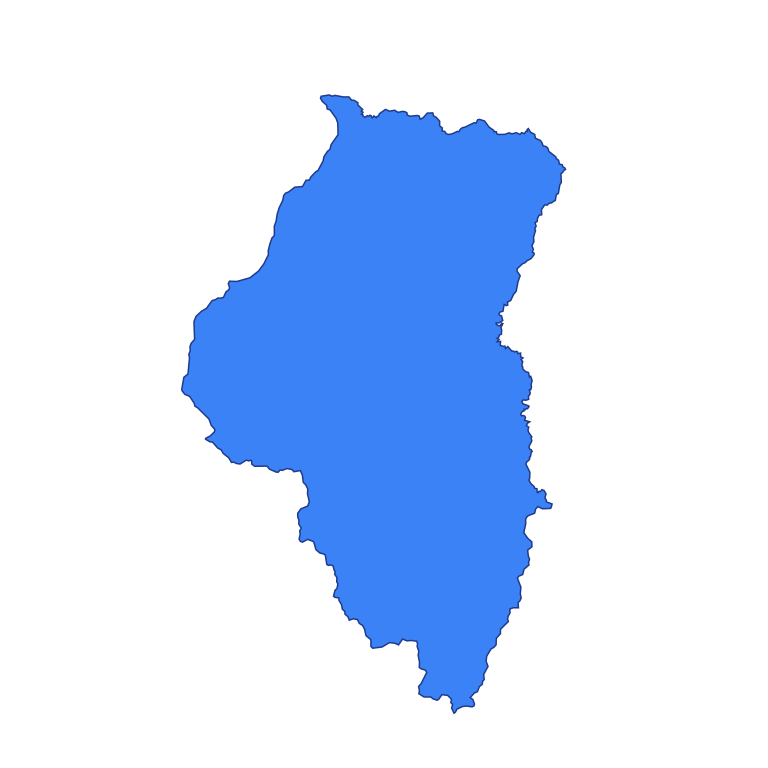 Pang Mapha, Mae Hong Son, Thailand, rotated 199°
{"feature_id": "78962969B96104759744449", "entity_name": "Pang Mapha", "entity_type": "district", "adm_level": 2, "iso_a3": "THA", "parent_name": "Thailand", "parent_adm1": "Mae Hong Son", "projection": "robinson", "projection_center": [98.144, 19.592], "detail": "fine", "context": "isolated", "style": "filled", "palette": "blue", "viewbox_px": 768, "rotation_deg": 199, "n_neighbors": 0, "source": "geoboundaries", "source_scale": "gbopen_adm2", "svg_char_len": 6168}
<svg xmlns="http://www.w3.org/2000/svg" viewBox="0 0 768 768"><g transform="rotate(199 384 384)"><path d="M330.7,672.5L331.5,671.2L330.8,669.6L332.0,669.2L332.8,666.4L335.6,666.5L336.8,664.2L340.6,664.7L344.4,662.2L347.5,662.2L351.2,659.3L357.4,657.1L358.6,657.2L360.0,659.1L362.2,658.4L362.7,659.5L368.3,661.1L374.5,665.4L379.8,665.3L381.4,664.4L381.8,660.8L383.8,660.4L391.3,653.0L393.2,652.0L394.7,649.9L395.4,647.0L396.9,646.7L401.0,642.7L404.6,640.8L406.4,640.9L408.9,642.6L411.5,642.2L412.2,645.0L415.5,646.3L416.9,650.6L421.6,653.2L424.3,653.6L426.2,656.2L431.3,654.2L433.6,648.6L436.0,646.0L437.9,648.8L440.0,648.7L446.7,645.6L449.6,645.9L450.6,647.9L453.0,648.3L455.5,647.7L459.1,645.4L463.1,646.3L467.4,643.8L472.0,644.1L476.2,638.3L476.6,635.5L477.8,634.5L478.1,633.3L480.9,634.2L481.4,632.2L482.1,631.9L483.5,633.4L484.7,633.6L485.6,632.1L487.1,632.3L488.8,629.9L490.8,630.4L491.7,631.7L493.3,631.8L492.3,634.1L494.3,634.5L493.5,636.6L499.6,639.3L500.3,641.5L504.7,642.5L507.0,641.8L510.7,644.0L515.8,642.2L524.4,640.9L526.5,639.3L530.0,639.4L537.1,635.6L537.1,633.5L534.3,631.1L529.0,628.9L527.2,625.5L524.2,625.6L515.9,619.7L512.7,615.7L508.6,604.8L511.9,593.3L511.5,588.2L513.2,585.6L514.8,579.3L514.2,575.3L515.9,564.3L517.4,562.8L520.4,556.4L521.1,552.5L524.1,551.2L525.3,544.2L532.5,541.0L536.7,534.6L539.4,532.2L540.2,529.5L539.5,524.6L540.5,516.6L540.3,509.8L539.0,502.7L539.1,497.5L536.0,488.7L537.4,485.8L537.5,479.1L536.8,472.1L535.4,468.7L536.7,458.5L539.4,450.0L545.3,440.8L556.6,433.0L563.6,430.9L563.9,428.2L561.6,425.2L561.2,423.1L563.4,419.6L564.0,413.6L566.1,412.1L569.1,411.2L570.7,409.0L573.7,406.9L576.5,397.7L580.2,393.5L583.7,386.8L584.0,381.1L577.6,364.5L579.6,359.7L579.6,356.1L578.0,352.2L578.2,348.5L576.4,345.3L572.6,329.6L575.4,325.2L573.6,313.7L573.0,312.1L569.0,309.4L563.7,309.0L557.2,304.0L555.5,301.4L552.6,300.9L538.1,293.9L533.8,288.6L529.2,286.0L528.7,283.7L531.4,278.3L534.9,274.6L534.8,273.7L529.9,272.7L527.2,273.2L520.3,269.3L516.5,268.7L513.4,266.0L506.8,263.7L502.7,260.2L500.6,261.2L497.5,260.8L494.0,261.5L489.4,267.2L486.9,267.2L485.7,268.3L484.4,268.5L482.8,265.1L479.4,264.1L467.9,268.3L464.6,266.2L457.3,265.6L455.3,266.2L454.2,269.0L452.0,269.2L448.4,272.4L443.1,273.2L440.7,271.7L434.9,274.9L431.4,271.0L428.3,264.7L425.2,263.2L421.9,259.9L420.7,255.5L416.3,248.3L416.4,243.8L422.0,238.8L423.5,233.7L422.3,230.2L420.1,227.5L418.9,223.7L415.2,220.7L415.9,217.8L414.3,214.4L413.8,209.7L411.9,208.0L409.6,207.9L405.7,212.2L399.9,212.1L398.7,211.4L394.4,205.2L389.7,203.3L385.8,203.7L383.8,203.1L379.3,194.7L377.6,194.4L374.8,195.8L372.7,195.2L370.4,191.5L369.1,190.7L368.6,187.9L365.6,185.8L364.3,181.6L362.5,179.9L361.9,175.2L363.1,173.2L362.7,167.0L361.1,166.3L357.1,167.0L356.1,164.7L352.3,161.5L350.1,157.5L347.0,156.2L345.9,153.6L342.4,152.3L339.9,149.4L336.7,152.0L332.3,152.6L329.4,149.6L325.6,148.7L322.5,145.8L319.1,140.2L313.1,137.9L310.9,131.6L308.7,130.5L300.2,134.7L294.6,141.3L289.3,142.4L285.3,142.1L283.4,148.9L278.8,148.6L274.3,150.5L269.3,151.4L267.7,149.3L267.2,146.6L264.0,142.5L263.5,138.8L259.9,132.6L258.4,127.5L256.5,126.8L251.8,126.9L249.7,125.2L251.3,113.0L252.8,109.3L250.7,105.6L250.2,102.5L244.2,101.1L237.9,103.3L235.2,102.3L230.9,102.3L229.7,103.5L228.1,109.1L222.4,110.3L217.6,107.9L217.0,104.4L214.8,103.4L214.6,99.6L210.6,95.5L209.6,97.1L209.2,100.3L204.9,104.5L201.6,106.3L195.7,107.4L194.2,108.8L194.2,110.8L197.2,114.6L200.4,115.6L198.0,121.2L195.5,123.5L195.3,129.0L193.4,131.9L193.9,135.3L193.0,137.1L195.2,141.8L193.7,150.8L197.2,155.1L198.3,160.3L196.5,168.4L194.3,170.9L193.1,173.8L195.0,180.2L192.6,185.8L194.0,190.0L189.1,199.9L190.7,202.2L191.0,204.9L190.3,208.6L191.8,212.3L188.9,214.5L184.0,216.2L186.1,220.9L184.9,223.3L184.6,226.2L186.9,230.2L188.4,236.4L194.7,244.0L194.0,246.2L190.8,249.0L191.3,254.5L188.0,260.0L189.2,262.2L189.4,265.8L191.6,268.4L194.1,273.7L191.1,278.3L192.9,282.9L197.7,284.8L203.4,288.9L204.5,298.2L205.8,301.4L206.0,303.8L204.9,306.3L199.5,310.9L199.9,315.3L198.6,318.2L193.6,317.6L186.2,320.5L185.7,321.4L186.0,325.3L192.1,325.4L192.6,326.9L194.8,328.8L195.0,332.8L198.0,335.4L200.2,335.6L201.1,333.4L202.5,333.0L203.0,331.4L203.8,331.4L205.3,334.8L207.4,334.4L208.8,336.0L212.6,337.6L215.7,340.3L215.5,342.0L217.3,348.0L223.7,354.4L223.9,356.1L222.0,359.6L222.0,361.4L222.7,362.1L221.9,363.3L222.6,367.6L221.9,368.3L223.2,369.7L225.1,369.9L226.6,371.9L225.7,378.2L227.4,381.0L227.0,382.1L231.5,385.3L232.9,387.4L233.1,390.3L235.8,390.9L235.5,393.7L233.9,395.7L239.2,395.5L239.3,398.3L240.3,399.4L241.8,399.6L243.7,398.7L244.9,399.9L244.4,402.9L242.9,404.0L243.2,405.6L242.2,405.5L241.7,407.0L240.3,407.3L239.5,409.8L240.0,410.4L246.1,410.5L248.0,412.1L247.1,414.4L244.8,414.7L242.2,416.6L243.5,419.6L242.7,421.4L242.8,423.0L244.7,425.8L243.4,426.4L243.5,428.9L244.8,431.7L245.0,435.3L246.7,437.7L247.8,439.0L248.7,437.9L251.1,441.9L254.2,441.8L257.8,443.5L258.3,445.2L259.8,446.5L260.1,450.3L262.5,451.9L261.1,453.9L263.6,454.2L264.9,457.7L267.2,456.3L268.0,457.7L269.3,458.1L270.9,456.8L272.2,457.3L274.0,456.8L279.1,459.7L280.7,457.1L282.0,459.2L283.8,458.3L286.8,458.5L287.6,462.2L290.8,460.7L289.6,463.7L292.0,464.0L290.8,465.5L290.8,467.9L289.2,469.3L290.3,473.3L291.8,475.5L291.3,479.8L292.5,479.8L293.2,477.1L294.5,476.4L297.3,477.0L297.8,478.3L295.1,479.2L292.4,482.7L295.0,486.7L297.5,486.8L298.3,487.7L297.7,489.8L295.2,491.5L296.3,498.3L294.0,497.9L292.7,498.9L293.9,501.7L291.4,504.2L290.6,511.2L289.2,514.7L290.6,524.3L290.5,530.7L294.9,534.0L295.6,536.4L292.1,542.9L290.0,544.7L288.8,547.2L285.8,550.4L284.2,555.3L284.8,556.7L286.7,557.0L286.6,559.9L289.1,562.9L288.6,567.4L290.4,571.5L290.7,578.5L292.1,580.1L291.5,582.7L293.7,585.6L292.1,587.6L292.8,590.8L292.3,594.0L290.0,595.4L291.9,600.2L290.4,605.7L287.9,606.3L286.6,608.8L284.8,609.6L281.8,613.5L282.7,619.1L281.2,620.9L282.6,629.6L282.0,632.3L285.2,640.6L284.0,642.1L283.4,644.7L282.2,646.0L283.3,647.1L285.6,647.7L286.9,649.3L289.8,649.1L291.7,652.3L294.7,653.4L295.5,654.7L303.9,657.6L305.7,660.2L308.1,661.3L311.0,660.9L313.5,663.9L315.5,665.2L320.9,665.7L322.8,669.1L327.3,669.7L330.7,672.5Z" fill="#3b82f6" stroke="#1e3a8a" stroke-width="1.5"/></g></svg>